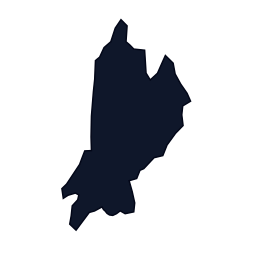 outline of Burtnieku, rotated 276°
{"feature_id": "LVA-5784", "entity_name": "Burtnieku", "entity_type": "Municipality", "adm_level": 1, "iso_a3": "LVA", "parent_name": "Latvia", "parent_adm1": "", "projection": "equal_earth", "projection_center": [25.318, 57.691], "detail": "fine", "context": "isolated", "style": "filled", "palette": "ink", "viewbox_px": 256, "rotation_deg": 276, "n_neighbors": 0, "source": "natural_earth", "source_scale": "10m", "svg_char_len": 908}
<svg xmlns="http://www.w3.org/2000/svg" viewBox="0 0 256 256"><g transform="rotate(276 128 128)"><path d="M191.7,88.6L195.5,92.4L205.5,95.8L212.0,101.9L226.0,104.9L235.0,109.7L229.5,116.4L213.6,117.0L210.6,121.3L207.1,125.5L207.1,136.4L184.5,140.2L178.1,145.1L185.5,151.6L197.6,155.5L204.0,157.6L197.2,166.1L186.7,169.2L177.2,175.8L168.7,183.1L161.2,187.4L155.7,180.1L146.7,180.1L136.2,182.5L127.7,175.8L115.2,168.6L104.2,165.5L101.2,157.0L89.2,147.9L87.2,144.3L78.7,141.9L75.7,134.6L65.2,138.8L54.2,142.5L45.2,142.5L42.5,134.1L44.8,128.9L41.6,125.5L39.5,122.0L39.6,118.7L40.9,116.1L43.2,113.8L44.3,112.2L46.8,110.4L42.0,103.4L40.0,98.3L21.0,87.0L26.3,80.1L34.8,80.7L44.8,80.7L51.3,85.5L56.3,86.1L57.8,82.5L54.8,75.3L51.3,71.0L60.8,68.6L65.8,72.8L86.7,83.7L93.7,85.5L100.7,87.4L101.7,94.0L115.2,92.2L136.1,90.4L160.6,89.8L173.1,89.8L191.7,88.6Z" fill="#0f172a" stroke="#020617" stroke-width="1.5"/></g></svg>